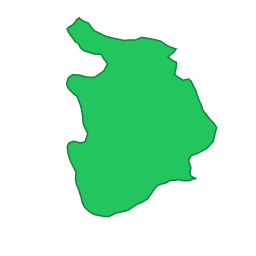 Jalilabad District, Cəlilabad, Azerbaijan, rotated 286°
{"feature_id": "54616110B78302808254353", "entity_name": "Jalilabad District", "entity_type": "district", "adm_level": 2, "iso_a3": "AZE", "parent_name": "Azerbaijan", "parent_adm1": "Cəlilabad", "projection": "equal_earth", "projection_center": [48.474, 39.245], "detail": "fine", "context": "isolated", "style": "filled", "palette": "green", "viewbox_px": 256, "rotation_deg": 286, "n_neighbors": 0, "source": "geoboundaries", "source_scale": "gbopen_adm2", "svg_char_len": 1723}
<svg xmlns="http://www.w3.org/2000/svg" viewBox="0 0 256 256"><g transform="rotate(286 128 128)"><path d="M220.5,50.8L218.2,48.9L214.2,47.6L211.3,45.9L208.9,43.5L206.3,42.1L203.1,45.0L199.4,49.8L196.5,53.4L195.4,57.3L192.0,60.1L190.2,63.9L190.0,68.7L189.9,75.4L191.3,81.7L187.4,86.1L184.1,90.6L176.1,89.0L171.8,85.4L168.0,82.3L166.6,79.3L165.5,73.6L165.5,67.1L164.0,60.0L159.9,56.8L154.4,56.8L152.1,57.5L149.0,60.6L145.9,66.2L144.3,70.4L136.6,76.2L132.0,78.7L125.7,81.7L120.4,83.4L116.7,86.1L111.6,90.9L102.8,90.4L100.6,86.7L100.3,79.3L97.9,76.1L97.3,75.3L93.3,74.8L87.6,77.1L81.5,80.9L76.7,85.1L71.1,90.3L64.9,91.5L60.2,93.6L54.5,98.1L47.9,102.3L43.2,105.0L40.2,107.8L39.5,108.8L37.0,113.8L35.5,119.4L36.0,124.4L36.4,129.5L37.4,133.6L39.4,136.2L42.8,139.6L45.2,144.0L47.1,147.9L49.7,151.4L54.3,155.1L57.9,158.5L60.0,161.4L63.4,164.6L65.3,166.6L67.4,167.0L71.1,168.4L74.0,169.2L80.4,171.7L82.5,174.2L84.2,177.2L85.9,179.8L88.7,182.5L89.8,184.6L90.8,188.2L92.3,190.8L92.5,195.2L94.4,201.7L96.9,204.7L98.3,207.7L98.3,205.6L99.1,201.9L101.3,200.0L107.2,199.4L111.3,196.5L114.2,195.2L118.9,196.4L123.1,202.1L126.5,205.8L129.3,208.7L133.5,211.3L136.9,212.6L138.7,213.9L139.1,213.5L146.1,213.2L152.7,213.1L156.3,209.3L158.7,204.6L162.5,199.7L165.5,195.3L170.9,191.6L175.7,187.5L182.5,182.9L185.8,179.9L190.5,175.7L191.7,172.6L189.1,168.0L190.6,162.5L192.4,157.9L196.8,157.9L203.1,157.0L204.7,156.0L205.0,152.6L207.5,146.8L213.6,151.2L217.3,152.4L217.2,150.9L217.6,144.9L218.5,141.0L220.5,135.4L220.3,129.6L219.7,122.5L218.9,116.2L214.7,111.1L213.3,105.9L211.1,100.3L210.2,88.8L210.0,81.8L211.2,74.6L212.3,68.7L214.3,65.5L217.9,61.1L218.5,55.5L219.9,51.3L220.5,50.8Z" fill="#22c55e" stroke="#15803d" stroke-width="1.5"/></g></svg>